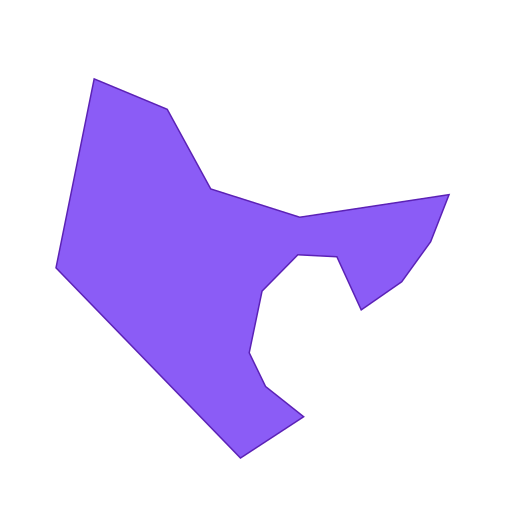 map outline of Ngatpang (orthographic projection), rotated 172°
{"feature_id": "PLW-5254", "entity_name": "Ngatpang", "entity_type": "state/province", "adm_level": 1, "iso_a3": "PLW", "parent_name": "Palau", "parent_adm1": "", "projection": "orthographic", "projection_center": [134.527, 7.478], "detail": "fine", "context": "isolated", "style": "filled", "palette": "violet", "viewbox_px": 512, "rotation_deg": 172, "n_neighbors": 0, "source": "natural_earth", "source_scale": "10m", "svg_char_len": 370}
<svg xmlns="http://www.w3.org/2000/svg" viewBox="0 0 512 512"><g transform="rotate(172 256 256)"><path d="M56.3,289.9L81.1,245.8L115.3,210.2L159.3,188.0L176.0,244.0L214.4,251.4L254.9,220.4L276.2,161.1L264.7,125.4L231.2,90.2L299.5,58.1L455.7,272.1L391.6,453.9L323.5,413.6L291.5,328.7L207.3,288.3L56.3,289.9Z" fill="#8b5cf6" stroke="#5b21b6" stroke-width="1.5"/></g></svg>